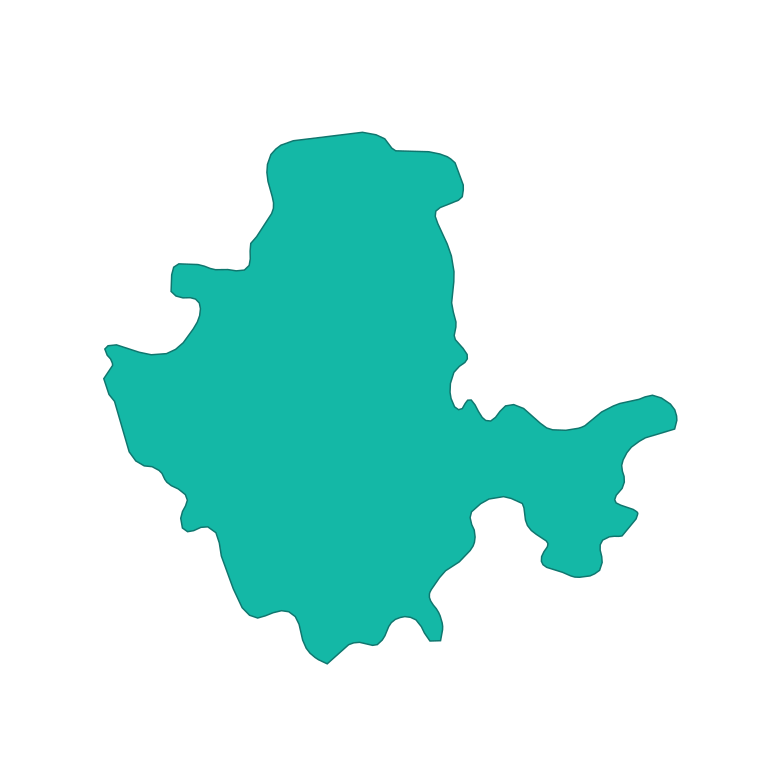 outline of Sétif, rotated 159°
{"feature_id": "DZA-2215", "entity_name": "Sétif", "entity_type": "Province", "adm_level": 1, "iso_a3": "DZA", "parent_name": "Algeria", "parent_adm1": "", "projection": "albers", "projection_center": [5.383, 36.112], "detail": "fine", "context": "isolated", "style": "filled", "palette": "teal", "viewbox_px": 768, "rotation_deg": 159, "n_neighbors": 0, "source": "natural_earth", "source_scale": "10m", "svg_char_len": 3291}
<svg xmlns="http://www.w3.org/2000/svg" viewBox="0 0 768 768"><g transform="rotate(159 384 384)"><path d="M144.9,278.4L137.4,277.3L130.0,271.5L123.8,262.6L121.8,255.7L122.3,249.3L123.6,245.2L128.8,237.8L159.2,240.1L166.3,239.0L175.7,236.4L181.9,232.8L188.0,227.4L191.3,222.8L192.7,217.1L193.0,211.7L194.8,206.3L199.1,201.2L207.1,196.9L210.1,193.3L209.9,189.8L206.5,186.1L196.3,177.6L194.4,175.0L193.5,173.5L193.4,172.4L194.1,171.2L197.0,167.7L216.1,156.9L217.3,157.1L219.6,157.7L223.5,159.3L228.4,160.6L235.8,159.9L239.8,156.4L241.7,151.6L242.6,144.8L244.3,139.2L249.5,132.8L255.3,131.3L260.4,131.0L270.7,133.5L275.1,135.4L278.4,137.9L284.8,144.2L297.8,154.5L300.3,158.3L300.6,162.1L298.7,166.4L294.8,170.1L290.2,173.2L289.3,174.2L288.1,176.4L288.8,179.4L295.8,189.2L299.0,194.5L300.8,200.5L300.7,206.2L297.7,218.3L297.7,222.9L306.3,231.6L312.7,236.0L327.2,239.0L336.7,237.6L348.1,233.3L351.5,228.4L352.5,221.4L352.1,215.3L353.8,208.5L356.3,203.8L358.9,200.8L363.2,197.7L377.4,191.0L393.4,187.6L401.6,183.3L413.3,175.3L415.6,173.3L416.8,171.8L418.1,168.5L418.2,164.7L417.2,160.0L415.7,155.5L414.9,151.1L414.7,147.4L415.3,140.1L416.1,136.7L417.4,133.6L423.2,124.1L433.2,127.6L435.5,137.1L436.1,144.1L438.7,152.4L442.9,156.7L447.9,159.4L452.6,160.2L457.8,160.2L462.7,158.6L466.5,155.9L473.4,148.6L477.4,145.6L483.6,143.1L488.3,144.1L499.4,151.6L505.0,153.2L510.4,153.3L537.3,143.1L543.9,150.0L546.3,153.3L549.5,159.1L551.3,165.1L551.7,174.1L549.4,190.1L550.2,198.7L554.5,205.5L560.9,209.1L569.4,210.2L577.8,210.1L585.8,210.8L592.4,216.3L596.6,226.0L598.1,246.9L597.5,281.7L594.7,294.7L594.2,305.4L599.7,313.8L606.3,315.8L614.2,315.3L620.3,316.5L623.8,321.8L621.9,331.5L617.8,337.2L612.9,341.4L609.2,346.0L609.1,351.9L613.7,359.8L619.0,365.3L621.9,370.1L622.8,373.4L623.3,380.1L625.0,384.0L630.1,389.9L637.2,393.5L643.3,401.1L646.2,412.0L641.8,464.4L644.5,472.8L643.7,489.4L630.7,498.6L630.1,500.8L630.3,505.4L632.1,510.0L632.1,516.7L627.9,518.6L619.7,516.4L601.2,501.4L590.8,494.7L576.2,490.3L566.2,491.0L556.6,494.5L542.3,503.8L536.1,508.7L531.6,513.9L528.4,520.0L527.4,525.8L529.5,530.8L533.9,534.0L540.9,536.5L546.7,540.7L549.6,546.7L543.1,562.0L538.5,568.4L532.5,569.7L514.9,562.2L509.5,558.4L504.9,554.2L500.4,551.1L488.8,546.8L481.4,542.6L473.5,540.4L467.4,543.0L464.0,548.7L461.3,556.2L458.0,563.0L450.1,567.2L427.8,583.4L424.3,587.6L422.2,592.7L421.2,598.8L419.7,614.7L417.5,623.5L414.1,630.8L407.3,638.8L400.8,642.1L394.7,643.9L381.5,643.6L313.9,626.7L302.1,619.5L295.4,612.6L292.2,601.4L289.5,597.5L259.0,584.8L249.4,578.7L243.3,573.3L241.0,570.1L238.4,565.0L238.7,541.4L240.4,536.8L243.8,530.8L248.6,528.9L268.4,528.6L273.7,526.8L276.1,522.1L276.3,514.5L274.8,492.0L275.2,479.4L278.4,463.8L282.2,454.4L291.8,435.5L293.5,426.4L294.6,416.1L296.5,411.4L301.1,404.1L301.5,399.8L297.4,388.8L295.8,381.8L297.2,377.6L300.8,375.1L307.3,373.5L314.6,369.8L321.8,360.7L325.3,352.7L326.6,346.5L326.3,337.4L323.6,333.3L319.7,333.0L315.1,336.8L311.7,338.9L308.3,337.8L306.5,331.9L305.7,324.6L304.3,317.6L302.1,313.5L297.7,311.2L291.8,312.9L285.5,316.9L278.4,320.0L270.3,318.3L262.4,311.1L252.2,291.4L247.9,284.7L243.0,280.8L230.8,275.6L218.4,273.0L215.2,272.8L211.5,273.0L190.9,279.9L177.8,281.3L170.8,281.3L151.4,278.3L144.9,278.4Z" fill="#14b8a6" stroke="#0f766e" stroke-width="1.5"/></g></svg>